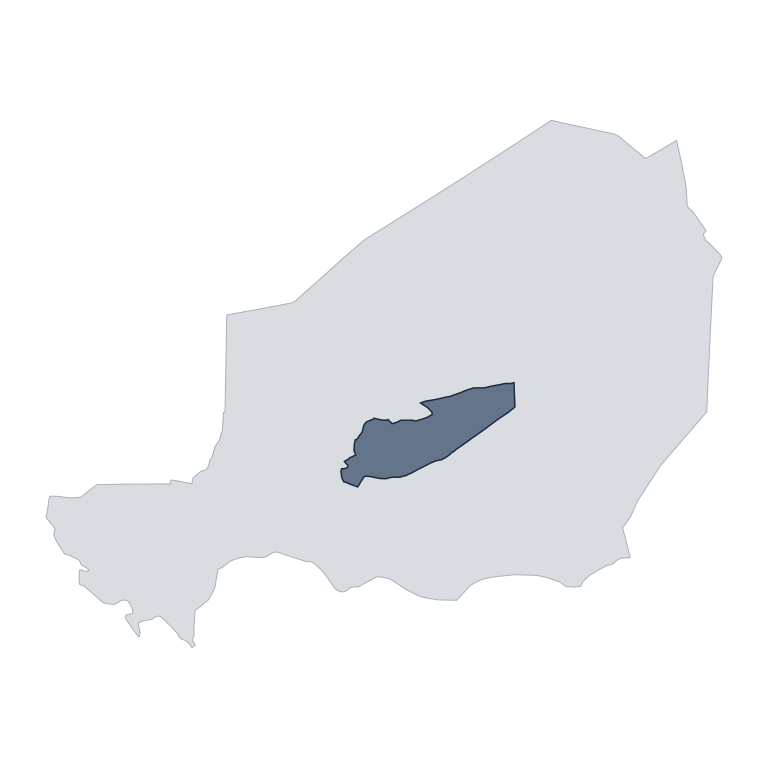 Aderbissinat, Agadez, Niger (highlighted)
{"feature_id": "23599985B52241460380538", "entity_name": "Aderbissinat", "entity_type": "district", "adm_level": 2, "iso_a3": "NER", "parent_name": "Niger", "parent_adm1": "Agadez", "projection": "albers", "projection_center": [8.516, 16.502], "detail": "fine", "context": "in_parent", "style": "filled", "palette": "slate", "viewbox_px": 768, "rotation_deg": 0, "n_neighbors": 0, "source": "geoboundaries", "source_scale": "gbopen_adm2", "svg_char_len": 4750}
<svg xmlns="http://www.w3.org/2000/svg" viewBox="0 0 768 768"><path d="M630.2,557.7L622.4,558.0L618.0,559.5L612.4,564.0L606.1,565.9L598.5,569.9L593.7,573.0L589.1,575.5L582.9,581.6L581.0,586.1L574.7,587.1L565.9,586.5L560.2,582.1L547.2,577.6L538.8,575.8L534.9,575.3L515.1,574.7L494.0,576.8L483.3,579.1L481.3,579.6L475.3,582.5L470.2,585.7L456.6,600.3L438.5,599.9L427.8,598.3L418.7,596.1L405.8,589.3L390.1,578.9L384.0,577.5L378.5,576.7L376.7,576.8L357.8,587.1L354.2,586.8L349.8,587.9L346.8,590.5L344.6,591.7L342.4,591.9L339.4,591.4L336.5,589.8L333.6,586.9L326.0,575.3L324.4,573.3L321.1,569.8L315.6,564.5L311.9,562.0L309.6,561.3L306.8,561.7L291.8,557.0L276.8,551.9L273.5,552.5L271.1,553.5L265.8,557.0L259.7,557.5L251.9,557.1L247.6,556.5L240.7,557.6L236.1,558.9L230.0,561.2L222.0,567.6L219.8,568.4L217.9,569.4L214.9,587.4L212.6,592.7L208.5,599.8L200.5,606.4L195.0,610.4L194.8,616.0L194.1,625.1L193.9,631.3L194.2,635.4L193.2,637.3L192.8,639.1L193.0,641.8L194.3,643.1L195.0,644.7L194.4,646.1L191.9,647.6L189.2,643.5L185.6,640.5L181.7,639.1L179.1,637.0L177.8,634.1L172.8,628.3L161.1,616.8L159.9,616.5L158.0,616.0L154.6,617.2L152.4,619.0L151.0,619.7L148.8,619.7L143.1,621.0L138.5,622.7L138.3,624.2L140.2,632.7L139.1,637.2L137.1,634.9L130.8,626.2L126.5,619.8L125.8,618.4L125.2,616.2L125.7,615.2L127.5,614.6L131.6,613.9L132.4,613.3L132.7,611.6L132.1,608.3L130.0,603.9L127.7,600.9L126.4,600.3L123.9,600.1L121.2,600.4L116.0,603.8L113.8,604.4L108.6,603.9L104.0,603.0L101.2,601.1L93.1,593.8L84.1,586.0L80.2,584.8L79.4,584.0L79.0,578.2L79.4,571.3L79.9,569.5L83.8,570.8L87.8,571.4L89.2,570.2L86.0,567.6L81.4,565.0L79.8,561.2L78.5,559.8L76.4,558.4L74.0,557.6L71.6,556.5L70.0,555.3L67.2,554.7L64.4,553.8L60.5,547.5L56.6,541.4L54.4,536.7L53.7,533.8L55.1,529.1L54.0,527.2L49.7,522.1L46.1,517.5L47.3,510.5L48.3,504.8L48.5,501.1L49.2,499.0L49.7,496.7L52.3,496.1L58.6,496.4L70.9,498.0L80.9,497.1L81.4,496.9L88.6,491.0L96.6,484.7L108.2,484.5L120.8,484.2L130.7,484.2L145.1,484.1L156.7,484.0L170.2,483.9L170.7,480.9L171.5,480.2L172.8,480.1L182.7,482.0L191.9,483.8L192.8,478.1L201.1,471.2L205.7,469.9L206.9,468.7L208.4,466.3L209.4,462.6L209.9,460.0L211.7,457.9L213.0,453.9L214.8,446.9L219.6,439.6L222.4,429.6L223.0,419.9L223.6,412.6L225.0,411.1L225.3,398.0L225.5,384.8L225.7,373.7L226.0,359.9L226.2,347.7L226.4,334.6L226.6,322.8L226.8,315.0L236.1,313.3L245.6,311.5L259.7,309.0L274.8,306.1L291.4,303.0L295.1,301.1L307.7,289.9L313.4,284.9L324.6,274.9L333.3,267.1L344.2,257.2L355.8,247.3L365.0,239.4L379.5,230.4L401.2,216.8L422.9,203.2L444.5,189.5L466.0,175.8L487.4,162.0L508.8,148.2L530.1,134.3L551.4,120.4L573.0,125.2L593.6,129.6L614.4,134.1L619.3,136.7L630.5,146.1L644.9,158.1L645.5,158.2L646.1,158.3L659.4,150.6L676.7,140.5L682.1,166.1L686.3,188.1L687.0,202.2L687.3,205.9L688.8,208.3L692.2,210.7L706.0,230.6L703.3,234.3L705.5,240.5L709.0,243.1L720.4,254.9L721.9,257.3L721.4,259.2L714.2,273.8L713.0,277.4L712.1,295.7L711.5,308.6L710.6,326.4L709.6,347.7L708.8,365.6L707.7,389.4L706.7,411.8L695.8,424.5L676.5,447.0L660.8,465.2L652.9,477.3L637.5,501.0L630.8,516.2L625.4,524.2L622.6,527.6L625.4,538.5L630.2,557.7Z" fill="#d9dde1" stroke="#a8b0b8" stroke-width="1"/><path d="M357.7,486.9L362.9,478.5L364.2,476.8L364.8,476.2L368.7,476.4L370.6,476.6L376.0,477.7L379.7,478.5L386.2,478.7L388.0,478.1L391.8,477.2L399.9,477.2L402.3,476.5L406.0,475.5L413.0,472.2L416.7,470.1L423.4,466.7L431.1,462.8L434.8,461.3L437.9,460.3L441.3,459.8L445.2,457.8L449.3,454.9L452.0,452.4L453.7,451.5L456.3,449.3L463.8,444.1L470.9,438.9L478.0,434.0L485.8,428.4L493.3,422.8L496.8,420.1L508.1,412.5L514.4,407.4L514.9,407.0L514.0,382.7L510.6,383.5L505.0,383.5L503.3,383.9L498.9,384.8L494.4,385.6L490.7,386.3L488.0,387.0L484.7,387.8L473.1,388.0L470.9,388.8L468.5,389.5L465.7,390.5L463.5,391.4L461.0,392.5L457.5,393.7L454.3,394.8L450.4,396.3L445.6,397.2L440.5,398.4L435.4,399.5L429.8,400.5L426.2,401.0L424.8,401.5L422.1,402.4L420.6,403.0L423.1,404.7L427.9,407.8L430.4,410.5L432.1,412.4L432.1,414.7L431.4,415.0L429.2,416.1L428.2,417.0L426.4,417.6L424.4,418.4L421.4,419.4L418.0,420.3L416.0,420.9L413.8,420.7L412.7,420.2L401.0,420.2L398.1,421.7L395.7,422.6L392.6,423.6L392.0,423.6L389.6,421.1L388.1,419.6L387.6,419.9L387.1,420.2L383.9,420.1L380.0,419.8L379.5,419.5L375.7,418.6L373.9,418.2L372.8,419.4L371.8,419.7L370.0,420.5L367.5,421.4L366.2,422.2L365.0,423.5L363.5,426.2L363.1,428.1L362.5,431.0L361.4,433.2L359.9,434.9L358.3,437.2L358.2,438.0L355.9,439.8L355.2,439.9L354.4,444.0L354.0,450.5L355.7,454.9L352.1,456.8L349.8,457.7L348.6,459.0L346.9,459.9L346.1,460.3L344.4,461.4L345.9,463.4L347.7,465.1L347.7,467.2L346.4,468.1L343.9,468.7L341.6,468.7L341.3,469.8L341.0,471.9L341.4,475.0L341.9,478.1L343.8,481.9L344.8,481.9L348.0,483.2L351.1,484.6L357.7,486.9Z" fill="#64748b" stroke="#1e293b" stroke-width="1.5"/></svg>